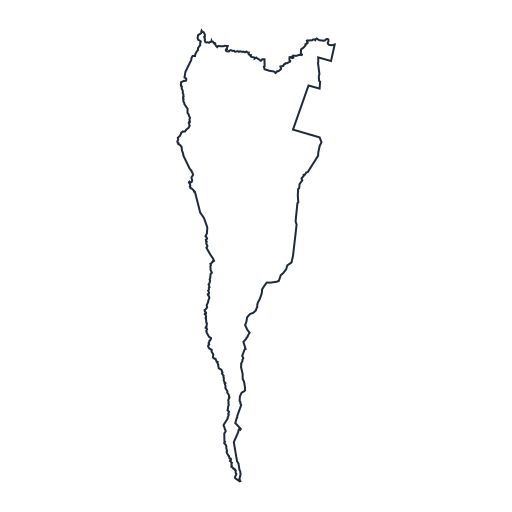 Ancasti, Catamarca, Argentina (Albers equal-area conic projection)
{"feature_id": "61730980B28877560844945", "entity_name": "Ancasti", "entity_type": "district", "adm_level": 2, "iso_a3": "ARG", "parent_name": "Argentina", "parent_adm1": "Catamarca", "projection": "albers", "projection_center": [-65.553, -29.088], "detail": "fine", "context": "isolated", "style": "outline", "palette": "slate", "viewbox_px": 512, "rotation_deg": 0, "n_neighbors": 0, "source": "geoboundaries", "source_scale": "gbopen_adm2", "svg_char_len": 5947}
<svg xmlns="http://www.w3.org/2000/svg" viewBox="0 0 512 512"><path d="M334.7,44.5L332.0,45.2L329.2,45.0L328.0,43.8L327.7,42.8L328.4,41.4L328.5,40.0L328.3,39.4L327.3,39.0L326.3,39.1L324.9,40.5L323.7,40.7L319.2,40.2L316.7,38.5L315.5,39.3L315.3,40.1L314.5,39.5L313.2,39.4L312.2,40.3L308.9,40.4L307.9,40.8L307.4,40.4L306.9,40.6L307.6,42.8L306.8,43.1L306.7,43.8L305.4,44.2L305.5,45.5L303.3,47.8L301.1,49.3L300.8,54.0L301.9,54.5L301.7,55.1L299.6,54.8L296.1,55.9L293.2,55.6L292.4,56.3L293.3,57.6L293.0,58.0L292.1,58.1L290.4,57.0L289.5,57.2L289.4,60.0L290.3,61.0L290.0,61.7L286.8,63.3L285.5,63.2L284.9,64.1L283.9,64.4L283.3,65.9L280.4,66.5L281.1,68.5L280.7,69.4L278.6,71.1L277.1,71.2L276.4,72.4L275.5,73.0L274.6,71.9L273.6,71.4L269.8,70.9L264.6,69.3L263.9,66.7L264.6,66.2L264.5,59.3L262.3,59.2L261.2,60.6L260.5,60.7L259.3,59.5L257.6,58.6L257.1,58.6L257.0,59.0L257.0,58.2L256.3,57.6L254.7,58.6L254.8,57.8L254.4,57.5L251.7,57.0L250.7,56.4L250.9,55.1L249.9,55.1L248.7,54.3L248.8,52.6L247.6,52.5L246.5,51.5L244.9,52.3L243.7,51.6L242.4,51.9L240.0,51.3L238.9,51.8L237.8,51.2L235.2,51.7L234.6,51.5L234.1,50.8L232.5,50.9L230.9,50.1L229.2,50.8L228.8,51.5L226.7,51.3L225.9,50.5L225.9,49.5L227.0,49.1L226.9,48.2L227.7,46.0L224.4,45.8L223.8,46.2L221.6,46.3L218.1,46.0L217.2,47.1L215.8,45.6L215.1,44.2L215.3,43.6L214.8,43.0L214.0,43.3L212.8,41.6L211.7,41.6L211.5,41.0L211.3,41.8L210.0,42.0L209.1,42.8L207.6,42.3L206.6,42.5L205.4,42.2L204.7,40.0L205.0,39.2L204.2,37.0L204.9,36.6L204.8,34.5L203.8,32.4L202.0,31.4L201.6,30.7L201.3,31.6L201.7,32.3L201.1,33.2L198.0,35.2L197.6,38.1L198.1,39.7L200.5,41.1L200.8,41.8L200.2,42.7L200.2,45.1L198.0,48.1L197.9,50.2L196.5,51.8L195.4,53.9L195.0,56.0L192.7,55.9L192.3,56.4L191.4,58.3L191.3,59.9L185.4,71.9L184.5,77.5L186.1,78.5L186.3,80.0L185.7,80.9L183.8,80.9L181.0,82.3L181.1,84.4L180.8,84.8L181.2,86.3L181.8,86.5L181.7,88.5L182.8,90.9L182.8,93.4L183.5,94.6L183.3,96.3L183.6,96.8L183.0,97.5L183.2,99.0L183.6,99.3L183.3,101.0L183.6,102.0L184.2,102.6L184.4,104.1L187.6,108.9L187.5,113.0L188.7,114.5L188.9,115.7L190.0,117.8L189.4,119.7L190.0,121.9L189.5,122.4L188.9,122.3L188.7,122.8L189.2,123.4L189.3,125.2L189.7,125.7L188.7,127.7L186.4,129.5L185.1,131.4L183.7,131.7L182.9,131.4L181.2,132.7L181.2,133.3L179.9,135.9L177.8,137.8L178.2,139.8L177.3,141.5L177.7,142.8L178.5,143.1L178.4,144.2L179.7,144.7L181.6,146.8L181.9,150.3L183.1,153.5L183.4,155.7L189.8,168.9L191.5,170.6L191.5,171.6L192.3,172.4L193.1,174.9L191.6,177.1L191.5,178.0L192.2,180.3L191.8,181.8L190.3,182.8L189.5,181.6L189.0,182.1L188.9,182.7L189.7,183.3L190.3,185.7L189.8,186.4L190.5,187.4L190.3,187.8L192.4,189.1L193.9,190.8L194.0,191.6L194.9,191.7L200.2,212.6L203.9,217.9L207.1,226.8L207.3,228.0L206.9,233.4L205.5,236.3L206.6,237.4L207.1,238.5L206.6,239.4L205.9,239.7L206.0,241.1L206.7,241.6L206.2,243.3L207.4,245.9L207.2,246.8L206.4,247.7L210.6,255.1L213.1,258.6L214.0,261.0L213.3,261.5L212.8,261.2L211.4,263.3L210.4,263.8L210.9,265.3L210.4,266.1L210.6,269.9L211.9,272.7L210.7,273.8L210.2,277.0L210.4,277.6L209.6,279.6L210.1,280.7L209.2,283.9L208.6,284.4L209.5,287.2L208.8,287.9L208.9,289.0L208.6,290.5L208.2,290.7L209.1,292.9L208.6,294.0L207.8,294.2L207.8,294.8L208.3,295.6L208.7,295.7L209.4,297.6L208.3,300.7L208.1,302.2L206.7,305.1L207.1,307.5L205.5,309.5L204.6,310.0L204.9,311.6L205.9,312.4L206.0,313.3L204.8,313.8L204.7,314.1L205.6,315.0L206.0,316.1L206.0,317.9L205.6,318.1L206.1,319.9L206.3,322.5L206.9,323.3L206.5,326.7L205.9,327.0L205.6,327.8L206.7,328.4L207.1,329.3L206.2,330.9L206.6,331.6L206.6,332.5L209.0,336.8L211.0,338.0L211.0,338.7L210.1,340.4L209.5,340.6L209.0,342.8L208.6,343.1L209.2,344.6L208.1,345.5L208.3,346.9L209.4,348.6L211.7,349.8L211.6,351.7L213.3,354.4L212.9,357.4L214.5,358.8L215.4,358.7L216.7,361.7L217.6,361.9L217.3,362.8L218.3,364.7L218.1,365.2L218.8,368.4L221.4,369.7L222.5,372.8L222.0,373.3L222.6,374.6L223.6,375.7L223.4,377.1L223.9,378.1L223.7,380.2L224.5,382.2L225.2,382.9L224.6,383.1L225.6,386.4L225.3,387.9L227.4,391.2L227.3,392.7L228.6,394.5L229.2,396.2L228.9,397.1L229.4,397.5L228.2,400.2L228.6,402.0L228.4,403.5L228.8,404.8L228.1,406.7L227.9,409.0L227.5,410.3L229.0,411.7L228.2,413.9L228.7,414.4L228.5,415.5L227.6,417.8L227.7,418.4L223.7,424.8L223.6,425.8L224.3,426.9L224.9,429.4L225.5,430.1L225.6,431.5L224.3,433.4L224.4,440.9L225.0,441.9L224.2,442.7L224.3,443.3L225.8,444.9L226.3,446.3L226.3,448.1L227.1,451.2L226.6,451.9L226.7,452.6L228.7,456.1L229.0,456.1L229.5,458.3L230.5,458.5L231.0,459.1L230.9,459.8L230.6,459.6L229.9,460.9L230.7,461.5L231.3,462.7L231.9,462.9L231.4,464.1L231.8,465.6L231.3,466.3L231.4,466.9L232.7,467.5L233.2,468.5L233.7,468.5L234.6,469.6L234.9,469.4L235.8,470.7L235.6,471.9L235.8,473.4L236.4,474.0L234.9,477.3L235.2,478.2L239.6,481.3L240.3,481.1L239.4,478.9L240.6,474.4L240.2,471.3L239.4,469.7L238.5,463.6L237.0,461.1L233.8,442.2L238.1,432.4L238.8,429.4L239.2,429.0L240.2,429.8L240.8,428.9L235.3,423.1L236.7,418.0L237.2,417.6L237.2,416.1L241.2,405.0L240.3,403.3L240.5,402.2L239.6,400.8L239.9,396.5L241.6,392.7L244.3,391.2L245.1,390.3L244.9,389.1L245.1,388.0L244.0,381.4L242.7,379.1L242.6,373.8L241.0,367.0L241.3,364.9L241.0,363.9L242.4,361.1L242.4,359.9L243.3,358.2L242.2,355.8L244.7,349.3L245.6,349.0L243.4,341.9L246.4,338.5L246.5,337.7L247.4,337.0L248.4,334.6L249.6,332.7L247.3,329.8L245.1,325.1L246.3,322.0L247.2,317.1L250.2,313.9L253.2,312.9L255.8,310.5L256.7,307.8L257.2,307.3L257.3,304.4L258.2,301.9L259.9,298.8L261.8,293.1L262.1,289.4L263.8,286.6L266.7,282.6L270.8,282.6L276.4,281.8L278.8,280.9L280.8,275.1L283.0,273.3L286.1,269.4L287.3,265.4L291.5,262.5L293.0,255.9L296.6,224.7L295.6,221.3L297.4,203.2L298.3,202.3L297.8,195.8L298.1,189.1L299.2,188.1L299.6,184.0L302.3,180.3L301.5,178.3L303.5,176.2L303.6,174.9L304.7,174.9L306.3,172.5L307.8,172.0L318.1,155.7L318.3,152.3L319.7,145.9L321.5,142.3L319.6,137.4L293.0,129.6L308.5,85.5L319.6,88.6L320.1,81.8L319.1,80.8L318.8,76.4L319.4,74.0L318.0,63.0L318.3,61.6L318.2,57.4L331.0,61.0L334.7,44.5Z" fill="none" stroke="#1e293b" stroke-width="2"/></svg>